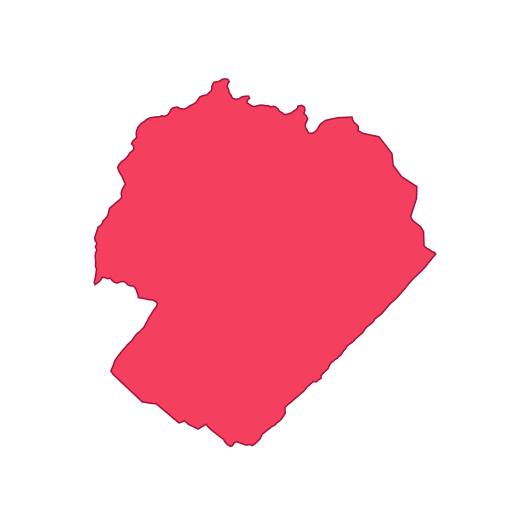 Piatã, Bahia, Brazil, rotated 71°
{"feature_id": "56859067B29072797764638", "entity_name": "Piatã", "entity_type": "district", "adm_level": 2, "iso_a3": "BRA", "parent_name": "Brazil", "parent_adm1": "Bahia", "projection": "albers", "projection_center": [-41.891, -13.042], "detail": "fine", "context": "isolated", "style": "filled", "palette": "rose", "viewbox_px": 512, "rotation_deg": 71, "n_neighbors": 0, "source": "geoboundaries", "source_scale": "gbopen_adm2", "svg_char_len": 4327}
<svg xmlns="http://www.w3.org/2000/svg" viewBox="0 0 512 512"><g transform="rotate(71 256 256)"><path d="M415.7,348.5L418.6,346.5L421.6,345.9L425.0,344.5L427.7,342.2L427.7,340.0L425.8,338.0L425.1,335.0L426.9,332.9L428.7,330.5L431.5,327.1L432.3,323.1L434.1,321.3L433.3,318.1L431.6,314.5L430.0,311.4L427.7,309.4L426.3,307.9L425.6,305.2L424.3,302.2L423.6,299.3L422.6,297.3L422.3,295.1L421.9,292.8L420.6,290.8L419.4,286.9L417.9,284.1L415.8,281.6L413.9,279.2L411.4,278.9L408.6,277.8L407.3,275.2L406.2,272.4L405.4,270.1L404.5,268.1L403.5,265.2L402.2,262.1L400.9,259.0L399.6,255.3L398.0,252.6L396.2,250.1L395.5,247.7L394.5,245.4L393.4,242.8L394.7,239.9L393.3,236.7L392.9,234.3L390.4,233.6L388.8,230.9L388.0,229.0L386.8,226.6L385.7,224.2L383.9,222.7L381.8,220.6L380.5,217.0L379.5,214.6L379.2,212.3L377.9,210.5L377.4,208.2L375.8,206.2L374.0,203.9L372.7,201.2L370.5,198.9L369.5,195.1L368.3,191.4L366.7,189.1L365.8,186.3L364.6,183.8L363.5,180.8L362.0,178.4L360.6,176.8L359.3,174.6L358.3,171.8L357.3,168.8L356.1,166.1L354.5,164.6L353.6,162.4L352.6,159.2L351.5,155.9L350.0,153.5L348.6,151.0L347.2,148.8L345.5,146.0L344.1,143.1L342.9,139.9L341.8,137.5L340.8,135.4L339.5,133.3L338.2,130.9L336.7,128.5L335.3,125.6L333.6,123.6L332.5,121.5L331.1,119.2L329.4,116.2L328.0,113.3L327.0,111.0L325.8,108.6L324.5,105.5L323.0,102.5L321.7,100.1L320.2,97.5L318.8,95.7L317.2,92.8L315.1,89.6L313.8,87.3L312.7,85.4L310.7,86.1L309.1,88.2L306.4,89.9L304.1,92.2L301.0,93.8L287.6,89.7L284.5,90.3L281.8,90.9L277.7,93.6L274.4,95.7L272.3,96.6L269.0,96.9L253.9,85.5L242.7,81.3L228.5,92.5L214.8,96.8L203.5,94.1L183.3,100.9L174.9,114.9L170.8,118.6L167.1,117.0L164.1,118.4L161.2,119.9L159.1,120.3L155.9,120.0L152.0,133.0L150.4,146.1L151.5,149.9L152.8,152.9L154.5,155.0L156.3,156.8L157.8,159.8L158.3,163.1L156.8,166.2L153.0,166.9L150.0,167.3L147.8,166.8L145.7,164.7L143.1,162.4L139.7,162.9L136.8,164.3L134.4,162.4L130.9,161.7L128.4,163.8L127.9,167.5L129.8,168.7L130.7,171.0L131.4,173.8L132.1,176.0L132.3,178.9L131.9,181.1L131.3,183.4L129.2,184.5L127.0,186.6L124.1,187.3L121.5,188.9L120.0,191.0L119.9,193.6L118.1,195.0L117.2,197.6L115.7,200.2L114.6,203.3L114.4,206.3L114.1,209.1L112.7,211.3L110.5,212.8L108.4,214.6L106.0,213.7L104.7,210.6L102.3,211.1L101.3,214.7L101.0,218.2L101.8,220.7L101.2,224.3L99.1,227.0L96.1,227.1L93.1,228.2L89.3,227.7L86.3,228.1L84.1,226.7L82.4,224.5L79.9,225.1L78.6,227.2L77.9,230.3L78.7,233.5L78.7,235.9L78.0,238.9L79.4,240.9L81.3,242.6L83.8,243.3L85.3,245.0L87.6,249.9L87.1,255.2L87.3,257.4L88.6,259.0L90.9,262.1L91.8,264.8L92.2,267.5L92.5,270.0L93.5,273.0L93.7,276.3L91.6,280.1L89.5,281.8L89.1,283.9L89.0,286.4L89.7,288.8L92.1,291.0L94.0,294.0L94.1,297.2L92.8,299.3L92.9,302.3L91.8,305.9L90.8,311.5L91.3,314.9L92.4,317.6L93.3,321.4L96.0,325.9L99.4,328.6L101.8,329.6L105.1,330.3L107.4,335.3L109.4,337.2L111.8,336.1L114.1,336.3L116.0,337.8L117.2,341.3L119.0,343.7L120.9,346.3L122.1,349.1L122.7,351.5L123.7,353.8L125.1,355.8L127.1,358.0L130.6,358.0L134.0,357.5L138.0,356.6L141.0,356.5L143.1,356.4L145.4,356.0L147.6,358.8L150.3,361.5L152.9,363.1L156.7,363.8L158.4,366.5L159.2,368.9L160.2,371.4L161.5,374.4L162.4,377.2L163.4,379.1L165.5,380.5L168.1,381.9L170.6,384.4L171.9,386.7L172.9,389.0L175.2,391.0L176.6,393.0L177.2,395.9L179.6,397.6L183.1,400.2L186.3,402.6L189.3,403.1L192.1,402.2L195.2,405.0L198.3,404.5L201.0,406.7L203.5,408.0L206.7,408.8L210.3,409.8L213.4,411.2L216.3,411.0L220.4,413.0L223.2,414.5L225.5,415.8L228.3,417.6L230.7,417.6L230.0,414.9L229.0,412.1L227.7,410.3L226.2,408.1L227.4,405.7L229.2,403.7L229.6,401.0L232.3,399.9L234.4,398.8L236.1,396.7L236.4,394.5L236.4,392.2L236.9,389.7L238.8,387.7L241.1,387.0L243.3,384.7L244.0,382.4L245.8,381.0L248.7,380.3L251.9,380.3L254.4,380.1L257.0,380.8L258.7,377.8L259.9,375.5L261.1,373.6L262.6,371.1L263.8,368.3L265.9,366.0L268.9,364.6L271.2,366.5L273.3,369.5L275.5,372.5L277.4,374.7L279.3,377.2L281.5,379.4L283.4,381.5L285.4,383.5L287.1,385.5L288.3,387.9L289.6,390.1L290.4,393.2L291.5,395.3L293.1,397.6L295.0,400.0L296.2,402.2L297.2,404.5L298.3,407.1L299.6,408.7L300.9,411.2L302.3,413.8L304.2,416.6L306.3,419.9L307.9,422.1L309.4,423.9L311.5,425.3L314.1,427.7L317.6,430.7L321.5,429.6L357.1,410.9L359.5,406.3L363.5,398.3L388.8,383.2L388.7,377.1L393.4,374.5L395.0,372.9L400.8,367.0L398.8,358.0L401.9,356.9L405.6,355.1L415.7,348.5Z" fill="#f43f5e" stroke="#9f1239" stroke-width="1.5"/></g></svg>